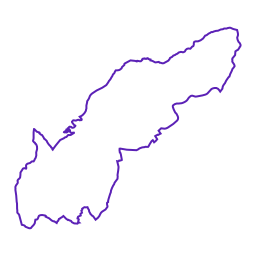 outline of Micasasa, Sibiu, Romania
{"feature_id": "2599482B61682236556337", "entity_name": "Micasasa", "entity_type": "district", "adm_level": 2, "iso_a3": "ROU", "parent_name": "Romania", "parent_adm1": "Sibiu", "projection": "orthographic", "projection_center": [24.101, 46.097], "detail": "fine", "context": "isolated", "style": "outline", "palette": "violet", "viewbox_px": 256, "rotation_deg": 0, "n_neighbors": 0, "source": "geoboundaries", "source_scale": "gbopen_adm2", "svg_char_len": 5652}
<svg xmlns="http://www.w3.org/2000/svg" viewBox="0 0 256 256"><path d="M21.8,224.8L23.6,225.2L24.5,225.6L24.9,225.9L25.2,226.5L25.6,226.8L28.8,228.1L30.0,228.3L31.1,227.9L31.8,226.9L33.7,224.9L34.7,223.4L35.4,219.7L36.8,219.5L37.4,219.2L38.0,218.2L38.6,216.5L39.0,215.8L40.3,215.2L42.1,215.0L45.1,215.5L45.9,216.1L45.7,216.7L49.1,218.3L51.7,220.5L53.4,221.3L54.2,221.3L56.7,223.0L57.4,221.4L58.2,220.8L58.9,219.0L59.9,218.6L60.3,218.1L61.8,217.3L63.4,216.0L65.5,218.1L65.8,218.5L67.9,220.0L68.4,219.8L69.6,220.5L70.6,220.7L71.2,221.1L71.9,222.2L74.2,223.4L77.5,223.6L77.7,223.4L77.9,222.8L79.2,222.6L78.4,221.9L78.2,221.3L78.3,220.8L78.8,219.7L78.8,219.4L78.5,219.0L77.5,218.5L77.6,217.9L78.0,217.4L77.9,217.1L78.1,216.7L80.7,215.5L80.5,214.9L80.6,214.5L80.5,213.8L82.0,212.7L81.4,210.6L82.3,209.7L82.3,209.0L82.2,208.7L83.9,207.5L84.5,207.2L85.9,207.4L87.5,207.2L88.1,208.6L89.0,210.1L89.2,211.6L90.1,213.1L90.3,213.8L90.9,214.3L91.9,215.5L93.2,216.3L95.6,219.7L98.0,217.7L99.4,215.9L100.1,214.3L101.1,212.6L102.2,211.6L105.5,209.5L107.4,206.9L107.5,206.1L107.1,204.9L107.0,203.0L107.4,202.5L108.1,202.1L108.1,200.9L108.5,199.2L110.1,194.0L110.8,192.3L111.0,190.6L112.0,188.0L113.1,185.7L114.1,184.2L114.6,182.7L117.5,178.8L117.7,176.2L117.5,175.1L118.2,170.5L118.5,167.7L118.5,166.6L117.2,161.2L118.0,161.3L118.8,161.1L119.2,160.5L120.5,160.5L121.6,160.1L121.8,160.0L121.8,159.6L120.8,154.2L120.3,152.7L120.0,152.3L119.8,152.3L119.5,150.1L119.6,148.8L120.2,148.8L120.3,148.6L126.8,149.7L136.5,150.2L138.3,149.3L138.9,148.8L139.5,148.4L142.2,147.4L144.7,147.1L145.3,146.8L148.0,146.9L148.5,146.4L149.6,144.3L151.6,141.1L152.8,140.2L154.1,142.3L155.7,141.0L157.2,139.2L155.2,136.1L156.3,135.4L157.8,134.7L158.1,134.9L160.6,133.6L158.6,130.7L161.2,128.3L164.5,128.7L165.8,128.5L167.5,127.8L173.2,124.0L177.3,120.4L178.0,119.0L178.1,117.7L177.8,116.4L176.5,113.8L175.2,112.5L173.7,109.4L172.9,107.1L172.8,106.3L172.9,105.6L173.4,105.1L174.9,104.1L176.8,103.5L179.0,103.5L181.7,103.2L183.4,102.6L185.0,101.8L186.5,100.8L187.4,99.8L188.8,97.7L190.6,96.1L191.3,95.8L192.4,95.7L195.3,96.6L196.7,96.5L202.5,95.4L205.7,94.5L207.3,93.6L211.5,89.0L213.1,88.3L214.6,88.0L216.3,88.0L218.0,88.8L219.0,89.9L220.2,91.6L222.4,88.7L222.7,86.8L223.2,85.6L224.2,84.1L224.9,83.3L226.2,80.6L228.1,77.8L228.7,77.0L229.4,76.6L230.2,74.1L231.8,70.8L232.5,68.9L233.4,67.9L234.5,66.4L234.6,66.1L234.4,65.2L234.1,64.4L232.3,61.7L232.4,59.8L232.2,59.3L232.4,58.4L235.1,55.1L235.4,51.4L236.6,50.5L238.0,49.8L239.4,47.7L239.6,47.1L240.2,46.6L240.6,45.2L240.4,44.4L239.6,42.9L238.5,41.8L237.6,39.7L237.3,38.3L237.2,37.6L237.9,35.5L238.0,34.9L237.9,33.2L237.1,30.0L233.2,29.0L230.5,27.8L229.6,27.7L227.6,28.1L226.7,28.5L224.2,28.5L222.9,29.2L220.7,29.5L218.1,30.7L215.9,30.9L213.8,31.5L212.5,32.1L211.8,32.0L210.9,32.3L210.1,32.9L208.6,33.6L207.0,34.9L206.0,35.4L205.2,35.6L203.1,38.5L200.6,40.3L198.1,41.3L195.8,41.3L194.3,41.8L193.8,43.0L193.8,44.7L193.3,46.1L192.1,46.7L190.4,48.7L188.2,48.5L186.9,48.9L185.6,50.0L185.1,51.1L184.7,51.6L183.5,52.2L182.8,52.3L181.9,52.0L180.8,51.9L178.7,52.5L177.4,53.7L176.3,54.1L175.0,55.0L173.3,55.6L172.2,56.8L170.1,57.9L169.4,59.4L168.9,59.8L168.6,60.4L168.1,60.8L163.7,63.2L162.4,63.3L160.3,62.7L159.6,62.7L158.8,61.9L155.7,62.4L155.0,62.3L152.4,60.9L150.4,60.4L150.5,59.5L148.5,59.1L148.5,58.8L148.2,58.5L147.6,58.2L146.6,58.5L146.2,58.9L145.0,58.8L144.9,58.5L144.8,58.4L142.9,58.7L142.2,59.3L142.4,59.7L142.2,60.0L140.9,61.2L140.0,61.3L137.2,60.8L136.9,60.9L136.7,61.4L135.1,60.9L130.5,60.4L124.9,63.4L124.4,63.9L124.3,65.0L122.1,67.0L121.9,67.3L121.6,68.3L120.9,68.9L119.7,69.8L118.9,70.1L117.7,70.3L115.7,70.4L114.9,71.7L114.5,72.8L113.9,73.6L113.0,74.4L112.2,76.3L111.4,77.4L110.7,78.8L109.5,80.4L109.0,80.9L108.2,82.4L106.3,85.1L102.3,87.7L96.6,90.5L92.1,93.5L90.8,94.7L89.9,96.0L89.2,97.9L88.5,99.3L87.2,101.2L87.1,102.4L86.4,105.5L86.4,108.6L86.0,109.7L85.9,110.6L85.6,111.3L84.4,113.2L82.5,115.2L81.1,116.1L79.7,116.7L80.7,118.0L81.3,118.5L81.7,119.4L81.6,119.9L81.3,120.1L80.5,120.1L79.8,120.3L78.6,119.8L77.6,119.9L75.9,120.6L73.5,120.3L73.1,120.4L72.0,121.7L72.0,122.1L72.4,122.8L74.1,125.0L75.3,125.6L75.4,125.8L75.1,126.3L74.0,127.4L72.7,127.8L71.8,127.6L71.1,126.9L69.7,126.7L68.9,127.2L68.7,127.6L67.8,128.3L67.9,128.9L67.8,129.1L67.5,128.8L66.9,129.3L67.1,129.8L66.9,130.2L66.5,130.3L66.2,130.1L66.0,130.8L65.5,131.1L65.4,131.5L64.7,131.5L64.1,131.9L64.0,132.2L64.3,132.4L65.4,131.9L66.0,132.5L66.8,132.4L67.5,131.9L67.8,131.1L68.2,131.2L68.2,130.7L68.4,130.2L69.0,129.7L69.5,129.5L70.0,130.5L70.0,131.5L70.6,132.5L72.4,133.1L73.0,132.6L73.9,132.7L73.9,133.0L70.8,134.9L69.9,135.1L68.4,135.0L67.8,135.3L67.1,136.3L66.3,137.0L65.0,137.4L64.5,137.7L64.0,138.2L60.2,140.0L55.7,145.5L53.2,148.9L52.7,149.7L52.4,149.4L52.5,148.8L52.4,148.5L51.8,147.8L51.2,147.5L50.9,146.7L48.8,144.5L47.3,142.3L46.7,140.9L44.7,139.0L44.1,138.7L43.8,137.8L42.1,135.1L40.9,134.6L39.7,133.6L39.4,133.3L39.6,132.8L39.4,132.5L36.8,131.7L34.3,129.1L34.0,129.1L33.6,132.3L33.6,137.8L33.5,139.1L33.1,140.4L33.1,141.1L34.2,142.4L34.9,142.7L35.1,143.3L35.4,143.8L35.8,143.9L36.4,144.8L37.0,146.5L37.1,149.0L36.2,152.4L36.3,155.4L35.9,157.0L35.4,158.3L34.7,159.3L34.3,160.4L33.6,161.4L33.2,161.3L31.8,161.5L30.0,163.0L27.5,163.7L26.7,164.3L26.2,165.0L26.0,165.9L26.3,168.0L26.1,168.6L25.7,168.6L24.7,168.2L23.3,168.4L22.9,168.7L22.1,170.0L20.5,172.5L20.4,175.1L20.1,177.5L19.4,178.5L18.2,179.5L17.6,180.4L17.6,181.1L17.8,182.1L17.6,183.2L16.0,185.4L15.4,186.9L15.4,188.1L15.5,188.4L15.4,189.9L16.2,195.4L16.7,201.9L17.0,203.4L17.1,208.7L17.3,210.3L17.3,212.4L17.5,212.9L18.6,214.0L19.2,215.0L21.8,224.8Z" fill="none" stroke="#5b21b6" stroke-width="2"/></svg>